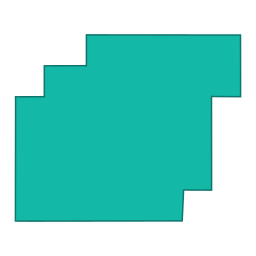 Pushmataha, Oklahoma, United States of America
{"feature_id": "52423323B78550164049948", "entity_name": "Pushmataha", "entity_type": "district", "adm_level": 2, "iso_a3": "USA", "parent_name": "United States of America", "parent_adm1": "Oklahoma", "projection": "equal_earth", "projection_center": [-95.422, 34.419], "detail": "fine", "context": "isolated", "style": "filled", "palette": "teal", "viewbox_px": 256, "rotation_deg": 0, "n_neighbors": 0, "source": "geoboundaries", "source_scale": "gbopen_adm2", "svg_char_len": 304}
<svg xmlns="http://www.w3.org/2000/svg" viewBox="0 0 256 256"><path d="M44.3,65.8L44.3,96.7L15.5,96.8L15.6,99.1L15.4,221.0L28.6,221.1L182.2,220.9L183.6,190.0L211.6,190.1L211.5,96.5L240.6,96.7L240.5,35.0L207.9,35.0L86.4,34.9L86.4,65.7L44.3,65.8Z" fill="#14b8a6" stroke="#0f766e" stroke-width="1.5"/></svg>